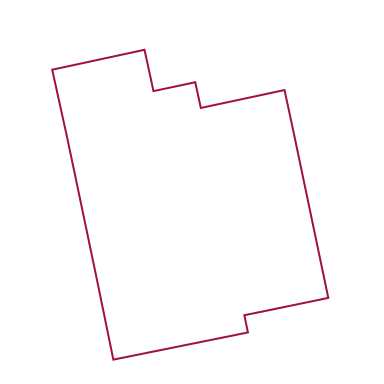 the district of Burke, North Dakota, United States of America, rotated 258°
{"feature_id": "52423323B74352330437058", "entity_name": "Burke", "entity_type": "district", "adm_level": 2, "iso_a3": "USA", "parent_name": "United States of America", "parent_adm1": "North Dakota", "projection": "albers", "projection_center": [-102.401, 48.773], "detail": "fine", "context": "isolated", "style": "outline", "palette": "rose", "viewbox_px": 384, "rotation_deg": 258, "n_neighbors": 0, "source": "geoboundaries", "source_scale": "gbopen_adm2", "svg_char_len": 369}
<svg xmlns="http://www.w3.org/2000/svg" viewBox="0 0 384 384"><g transform="rotate(258 192 192)"><path d="M340.7,80.7L340.3,80.7L284.0,81.1L277.1,81.2L227.2,81.1L128.7,80.8L44.4,80.2L43.0,217.5L60.6,217.6L60.3,260.5L60.1,303.3L230.3,303.8L272.5,303.7L272.4,218.1L298.7,218.0L298.7,175.3L341.0,175.1L340.7,80.7Z" fill="none" stroke="#9f1239" stroke-width="2"/></g></svg>